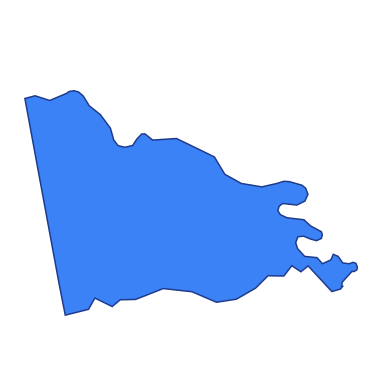 outline of Wabash, Illinois, United States of America, rotated 259°
{"feature_id": "52423323B24181813557828", "entity_name": "Wabash", "entity_type": "district", "adm_level": 2, "iso_a3": "USA", "parent_name": "United States of America", "parent_adm1": "Illinois", "projection": "robinson", "projection_center": [-87.865, 38.403], "detail": "fine", "context": "isolated", "style": "filled", "palette": "blue", "viewbox_px": 384, "rotation_deg": 259, "n_neighbors": 0, "source": "geoboundaries", "source_scale": "gbopen_adm2", "svg_char_len": 1186}
<svg xmlns="http://www.w3.org/2000/svg" viewBox="0 0 384 384"><g transform="rotate(259 192 192)"><path d="M125.7,44.0L95.3,44.1L96.6,68.1L106.4,76.4L94.8,91.8L99.9,101.0L97.3,116.1L102.7,145.3L94.1,172.9L79.1,195.0L78.3,215.0L85.5,236.1L95.3,250.7L92.0,266.1L100.6,275.9L92.9,283.7L97.3,291.9L67.6,310.3L68.4,319.3L70.7,321.9L71.0,321.0L74.8,322.2L83.5,333.8L83.0,336.0L84.2,339.1L86.8,340.0L90.6,339.3L92.2,336.7L91.6,332.4L93.6,326.4L100.9,323.2L103.9,318.8L98.9,315.4L96.7,306.4L103.7,302.2L107.3,290.3L116.3,284.8L122.5,284.1L127.8,287.4L127.4,293.0L123.3,299.2L120.5,304.9L121.7,310.1L125.2,311.8L128.3,311.4L136.2,301.8L143.4,296.6L145.6,289.7L148.6,280.3L152.8,274.5L157.3,272.7L161.5,274.9L163.4,278.8L159.2,292.4L161.5,301.1L167.7,305.4L174.0,304.3L177.7,301.2L183.6,289.5L185.0,284.1L184.2,277.1L183.7,261.5L191.0,242.0L203.1,227.6L222.1,220.7L236.9,201.1L247.5,186.9L248.1,182.0L250.5,163.3L258.1,156.8L258.5,153.6L254.4,147.9L249.0,142.6L248.7,134.8L251.6,128.3L258.0,125.1L270.2,124.1L285.4,116.8L296.2,107.6L306.9,103.6L311.7,99.9L313.9,95.7L314.1,90.8L312.7,87.4L309.0,69.8L316.4,56.3L315.7,45.8L125.7,44.0Z" fill="#3b82f6" stroke="#1e3a8a" stroke-width="1.5"/></g></svg>